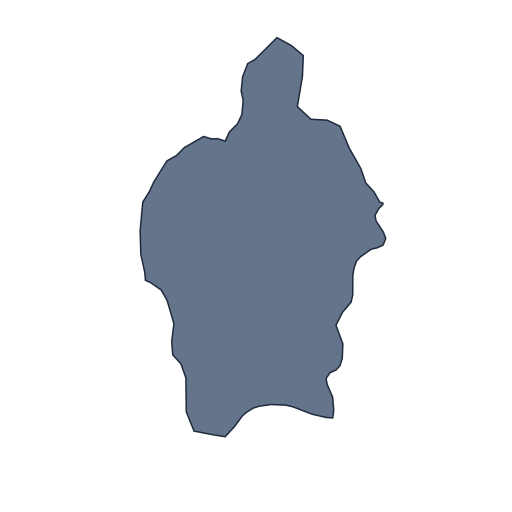 the district of Kaechon City, P'yŏngan-namdo, North Korea, rotated 150°
{"feature_id": "82179303B11143169061479", "entity_name": "Kaechon City", "entity_type": "district", "adm_level": 2, "iso_a3": "PRK", "parent_name": "North Korea", "parent_adm1": "P'yŏngan-namdo", "projection": "albers", "projection_center": [125.98, 39.701], "detail": "fine", "context": "isolated", "style": "filled", "palette": "slate", "viewbox_px": 512, "rotation_deg": 150, "n_neighbors": 0, "source": "geoboundaries", "source_scale": "gbopen_adm2", "svg_char_len": 1306}
<svg xmlns="http://www.w3.org/2000/svg" viewBox="0 0 512 512"><g transform="rotate(150 256 256)"><path d="M128.7,434.6L136.6,432.5L147.6,429.6L158.6,426.7L166.9,426.8L178.0,417.9L186.4,406.2L189.2,397.3L197.5,385.6L205.9,379.7L216.9,376.8L225.2,370.9L230.6,376.8L236.1,379.8L241.6,385.7L244.4,385.7L249.8,385.7L263.6,385.8L274.6,382.8L285.6,382.9L296.7,377.0L307.7,371.1L316.0,365.2L327.1,359.3L335.4,347.6L343.7,335.8L354.9,315.1L360.5,297.5L363.9,290.2L360.6,285.7L355.1,273.9L355.2,262.1L358.0,250.3L360.9,238.5L372.0,223.7L377.5,211.9L374.9,200.1L377.7,185.4L386.0,170.7L394.3,155.9L397.2,135.3L383.6,123.5L373.1,114.9L360.0,119.0L347.4,124.5L341.6,125.4L334.6,125.7L328.0,124.2L317.0,119.7L304.6,111.8L299.7,107.2L286.4,90.8L275.9,81.0L270.5,77.4L265.8,83.5L260.2,95.4L258.6,109.1L256.5,114.9L250.4,117.9L243.4,117.3L238.0,119.1L232.4,124.3L224.7,136.5L221.4,156.0L209.4,163.9L207.2,164.7L196.8,168.4L191.7,173.9L181.6,191.2L176.9,196.7L171.5,201.3L165.9,203.1L152.8,204.3L146.9,202.5L140.4,201.9L134.8,206.4L133.8,212.8L134.5,226.2L132.6,231.7L126.1,235.6L120.4,237.2L119.6,238.2L121.9,240.8L121.8,252.6L124.4,264.4L121.5,279.1L121.3,302.7L118.3,326.3L126.5,338.1L140.1,347.0L145.5,364.7L126.0,388.3L114.8,405.9L120.2,420.7L128.7,434.6Z" fill="#64748b" stroke="#1e293b" stroke-width="1.5"/></g></svg>